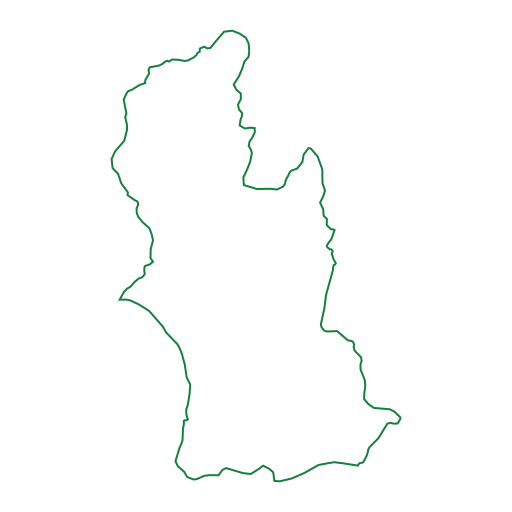 an SVG outline of Manawatu-Wanganui
{"feature_id": "NZL-3334", "entity_name": "Manawatu-Wanganui", "entity_type": "Regional Council", "adm_level": 1, "iso_a3": "NZL", "parent_name": "New Zealand", "parent_adm1": "", "projection": "mercator", "projection_center": [175.592, -39.627], "detail": "fine", "context": "isolated", "style": "outline", "palette": "green", "viewbox_px": 512, "rotation_deg": 0, "n_neighbors": 0, "source": "natural_earth", "source_scale": "10m", "svg_char_len": 3235}
<svg xmlns="http://www.w3.org/2000/svg" viewBox="0 0 512 512"><path d="M175.5,461.2L179.6,447.6L181.2,444.2L182.5,440.2L183.0,428.9L183.8,424.4L183.9,423.4L183.8,422.1L183.8,420.9L184.3,420.4L185.4,420.4L186.8,420.2L187.8,419.5L186.8,416.4L186.3,413.4L186.2,410.5L186.4,408.8L187.7,405.3L189.6,393.9L190.2,386.1L190.0,384.0L189.1,382.3L186.7,377.6L184.8,364.7L181.9,354.0L179.9,348.8L177.5,344.3L166.0,332.3L163.0,326.8L149.2,311.0L138.6,304.3L130.2,300.4L126.3,299.6L119.7,299.7L123.8,292.1L126.9,288.8L130.7,286.5L134.5,282.0L138.9,278.4L142.2,277.3L144.8,274.0L144.3,271.3L144.4,267.5L145.1,266.0L146.7,265.4L150.0,264.3L152.9,261.7L151.8,259.9L150.5,258.2L150.7,249.1L153.0,240.3L151.7,234.4L149.5,228.4L142.6,222.2L138.1,216.6L136.7,212.6L136.6,208.3L137.5,206.4L138.2,204.3L137.4,201.5L134.3,199.9L127.5,195.1L127.9,192.4L121.3,183.4L118.0,173.7L112.6,168.1L111.6,159.1L115.1,151.3L124.2,140.9L127.0,130.0L126.9,124.3L125.2,117.3L126.4,113.3L125.1,106.9L123.7,99.4L127.0,92.6L127.6,91.9L128.4,91.0L131.6,89.9L134.2,88.3L139.5,85.0L145.2,83.1L145.1,81.4L145.5,79.7L149.2,73.4L148.5,69.8L149.8,67.3L159.2,65.5L162.6,63.8L165.8,61.2L167.5,60.8L169.1,61.6L170.5,60.6L172.2,59.5L178.3,59.8L184.4,60.9L188.0,60.5L194.1,57.2L196.6,54.9L197.2,53.5L198.0,52.6L199.6,51.8L199.9,48.5L204.3,46.7L207.4,48.4L210.5,47.9L216.2,40.8L224.1,31.7L232.3,30.7L239.6,33.6L245.9,37.8L248.6,43.4L249.1,49.0L249.2,51.6L248.6,56.8L244.3,61.7L242.4,68.1L239.0,76.2L233.7,84.5L236.4,89.8L240.8,93.5L240.8,99.2L238.0,104.5L238.9,109.3L241.9,112.8L242.1,115.9L240.9,118.3L239.6,125.4L244.9,128.5L249.9,127.7L254.7,128.1L254.8,132.3L252.2,137.7L249.6,141.5L248.7,146.0L250.6,149.1L251.9,153.1L250.1,162.0L246.8,170.2L243.3,177.4L243.9,185.1L257.0,189.0L270.9,188.8L277.1,189.5L283.1,186.5L284.8,184.2L285.5,181.1L286.7,178.2L288.3,175.5L289.3,173.0L291.1,170.8L297.2,168.5L301.2,163.5L301.6,162.5L302.4,161.9L303.6,154.8L308.5,148.1L310.8,148.6L317.6,156.4L322.3,169.4L322.5,183.2L325.0,190.6L323.2,196.4L320.1,202.6L323.2,209.1L323.6,215.7L326.9,219.0L326.7,225.0L329.8,228.2L331.4,229.4L332.8,229.3L333.9,229.7L334.5,229.9L334.5,230.7L333.9,231.7L333.4,233.7L331.2,239.4L328.5,242.9L327.1,245.2L326.8,246.4L327.5,247.3L329.7,249.3L331.3,249.3L332.7,251.0L331.8,254.0L333.5,259.1L335.8,263.3L335.1,264.5L333.9,264.9L333.1,267.2L333.0,269.8L326.0,295.1L324.4,308.2L321.1,323.3L320.9,324.8L321.5,327.1L324.2,330.7L327.3,331.5L337.1,331.1L346.2,339.0L348.3,340.5L350.8,340.8L352.0,341.3L353.1,342.0L354.1,344.4L353.7,347.0L354.3,350.0L356.0,352.1L361.1,357.3L361.6,361.1L360.5,364.3L360.6,369.6L364.8,380.2L365.3,386.4L364.3,393.2L364.1,399.1L368.5,404.2L373.8,407.9L389.9,409.3L394.4,411.7L400.4,417.4L400.3,419.0L397.7,423.4L394.0,423.7L390.2,422.8L387.3,423.7L378.5,438.1L369.5,447.2L368.2,449.7L367.9,451.7L367.3,454.0L366.5,456.2L363.5,461.9L362.4,462.7L360.0,463.0L358.9,463.8L357.9,465.6L343.7,463.4L334.3,462.2L326.3,463.5L318.5,465.0L304.5,472.9L291.7,478.5L279.7,481.3L274.4,480.9L273.2,472.3L269.1,468.7L263.0,465.7L259.0,468.8L250.7,474.0L242.9,473.1L226.2,468.1L222.4,469.9L218.5,475.3L214.4,475.2L210.0,475.1L204.3,475.8L196.7,479.1L193.7,479.5L187.3,477.1L184.0,471.6L177.8,466.2L175.5,461.2Z" fill="none" stroke="#15803d" stroke-width="2"/></svg>